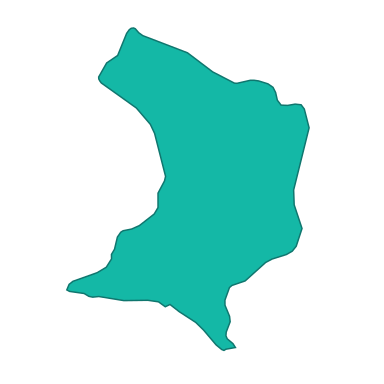 an SVG outline of Medio Campidano, rotated 282°
{"feature_id": "ITA-5372", "entity_name": "Medio Campidano", "entity_type": "Province", "adm_level": 1, "iso_a3": "ITA", "parent_name": "Italy", "parent_adm1": "", "projection": "orthographic", "projection_center": [8.697, 39.58], "detail": "fine", "context": "isolated", "style": "filled", "palette": "teal", "viewbox_px": 384, "rotation_deg": 282, "n_neighbors": 0, "source": "natural_earth", "source_scale": "10m", "svg_char_len": 1195}
<svg xmlns="http://www.w3.org/2000/svg" viewBox="0 0 384 384"><g transform="rotate(282 192 192)"><path d="M48.9,266.8L45.3,257.9L43.7,256.2L44.1,253.8L47.5,247.3L59.3,232.1L65.2,222.8L72.3,204.3L77.4,193.9L74.2,189.7L77.6,182.1L76.9,171.3L71.6,147.9L70.4,122.6L68.5,116.7L68.5,112.8L70.3,107.6L69.3,92.9L70.2,89.9L76.1,91.0L79.9,94.1L93.3,115.9L100.6,123.8L109.8,127.2L114.2,126.2L119.9,128.1L132.4,128.4L137.9,130.7L139.8,132.7L143.2,140.6L148.2,147.5L162.6,159.6L169.7,162.0L183.8,159.0L197.1,162.8L201.8,162.9L241.6,143.2L249.5,137.2L262.6,120.1L279.8,80.6L281.5,78.7L283.2,77.3L285.1,76.8L300.5,81.7L310.1,90.9L333.6,95.1L337.7,96.9L339.5,98.5L340.3,100.8L339.9,102.6L336.7,106.8L334.7,111.4L327.2,158.7L313.8,187.2L307.3,210.9L307.7,213.5L313.4,225.8L314.2,229.7L314.5,234.1L313.6,243.8L311.2,249.5L306.7,253.1L299.5,256.4L295.5,261.1L296.6,267.6L299.4,274.6L300.0,280.6L296.5,284.6L279.1,293.2L215.1,291.0L200.7,294.6L179.2,307.2L160.6,305.2L155.0,302.4L150.5,297.4L143.1,284.3L138.4,278.7L116.1,262.5L108.9,250.5L106.3,248.5L93.1,246.7L88.1,247.8L78.2,254.6L73.0,256.3L62.1,254.6L58.4,255.1L55.7,257.0L52.2,263.6L48.9,266.8Z" fill="#14b8a6" stroke="#0f766e" stroke-width="1.5"/></g></svg>